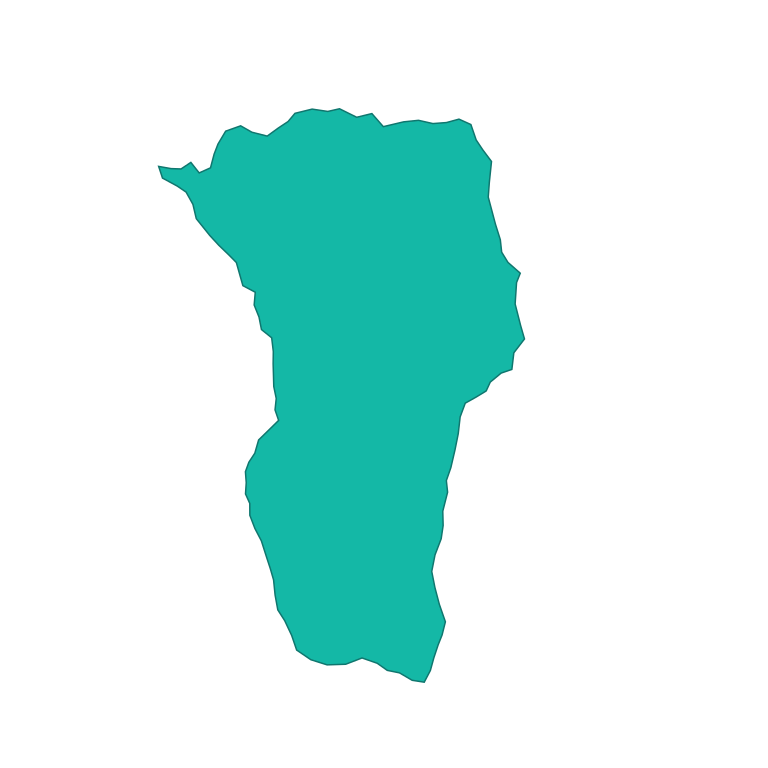 Borá, São Paulo, Brazil (orthographic projection), rotated 159°
{"feature_id": "56859067B19107270357913", "entity_name": "Borá", "entity_type": "district", "adm_level": 2, "iso_a3": "BRA", "parent_name": "Brazil", "parent_adm1": "São Paulo", "projection": "orthographic", "projection_center": [-50.497, -22.235], "detail": "fine", "context": "isolated", "style": "filled", "palette": "teal", "viewbox_px": 768, "rotation_deg": 159, "n_neighbors": 0, "source": "geoboundaries", "source_scale": "gbopen_adm2", "svg_char_len": 1584}
<svg xmlns="http://www.w3.org/2000/svg" viewBox="0 0 768 768"><g transform="rotate(159 384 384)"><path d="M560.9,166.9L551.1,152.8L537.8,142.2L520.2,136.1L502.7,136.1L490.4,125.7L483.6,115.5L473.1,108.8L463.9,97.3L453.3,91.2L443.4,99.9L435.6,110.5L426.9,121.1L419.7,128.9L411.9,140.0L411.3,158.5L409.4,175.8L406.6,191.9L397.6,206.2L386.1,219.0L379.5,230.7L374.7,244.2L363.4,260.2L360.4,271.5L351.6,281.9L341.3,297.1L332.5,311.0L324.7,326.0L315.0,337.0L302.6,338.8L291.1,340.9L284.1,347.7L270.7,352.2L259.4,351.8L251.6,366.6L236.7,375.7L235.5,389.6L232.9,411.7L223.9,431.2L217.1,438.6L224.7,453.1L226.9,464.9L223.7,477.0L222.7,493.1L219.7,521.1L213.5,534.3L203.9,553.2L207.9,567.3L210.5,578.8L209.9,595.1L219.1,604.4L232.0,605.7L245.0,609.6L257.3,617.8L271.7,621.7L292.4,624.5L298.4,640.8L313.9,642.8L326.9,656.9L338.8,658.6L352.6,666.4L370.1,668.6L379.5,663.4L391.2,660.8L404.2,657.3L417.1,666.4L425.3,676.4L441.2,676.8L453.0,667.5L460.2,659.5L468.5,648.0L480.9,647.3L484.9,660.1L496.4,657.5L505.6,661.4L516.4,667.9L517.0,655.6L506.2,643.0L500.0,634.1L498.0,620.2L500.0,605.6L493.4,585.0L488.5,572.7L482.5,559.9L478.3,550.3L479.5,537.5L480.5,526.4L471.3,515.8L476.9,504.3L476.7,491.3L478.9,478.7L472.3,467.4L475.7,454.0L480.3,442.5L484.2,431.4L487.8,421.2L489.8,409.1L495.0,398.9L495.4,387.8L508.3,382.2L521.1,376.7L529.4,365.7L538.2,359.4L544.8,351.8L548.0,341.2L552.7,331.0L552.1,320.6L556.3,309.5L556.3,295.4L554.7,281.5L555.7,264.4L556.3,252.4L557.3,240.7L561.3,226.0L564.1,211.2L561.5,198.6L560.3,182.3L560.9,166.9Z" fill="#14b8a6" stroke="#0f766e" stroke-width="1.5"/></g></svg>